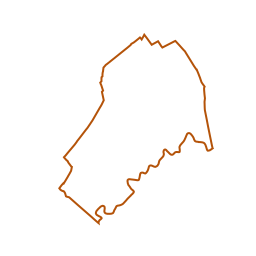 outline of Vladesti, Galati, Romania, rotated 54°
{"feature_id": "2599482B37286329555394", "entity_name": "Vladesti", "entity_type": "district", "adm_level": 2, "iso_a3": "ROU", "parent_name": "Romania", "parent_adm1": "Galati", "projection": "mercator", "projection_center": [28.094, 45.834], "detail": "fine", "context": "isolated", "style": "outline", "palette": "amber", "viewbox_px": 256, "rotation_deg": 54, "n_neighbors": 0, "source": "geoboundaries", "source_scale": "gbopen_adm2", "svg_char_len": 5207}
<svg xmlns="http://www.w3.org/2000/svg" viewBox="0 0 256 256"><g transform="rotate(54 128 128)"><path d="M187.6,207.7L187.4,207.6L187.1,207.3L186.8,207.0L186.2,206.1L186.0,205.7L185.9,205.2L185.8,204.7L185.8,204.0L185.7,202.9L185.5,202.4L184.9,202.2L184.4,202.3L183.4,202.7L182.5,203.2L181.6,203.6L180.6,204.1L179.5,204.4L178.2,204.2L177.5,203.6L177.2,203.2L176.9,202.7L176.5,201.9L176.4,201.2L176.1,200.1L175.9,199.0L175.8,198.0L175.6,196.9L175.6,195.8L175.7,195.3L176.0,194.3L176.4,193.9L176.8,193.6L177.3,193.4L177.8,193.3L178.3,193.5L179.2,194.0L180.0,194.7L180.7,195.4L181.5,196.1L182.0,196.3L182.5,196.5L183.0,196.5L183.5,196.4L184.0,196.2L184.4,195.9L185.2,195.2L185.8,194.4L186.8,193.1L187.3,192.2L187.6,191.7L187.9,190.7L188.0,190.2L187.8,189.6L187.6,189.2L187.4,188.8L186.8,187.9L186.5,187.5L186.1,186.5L185.7,185.6L185.2,184.7L184.7,183.7L184.5,183.2L184.6,182.7L184.7,182.2L184.9,181.7L185.4,180.8L185.8,179.8L186.0,179.3L186.2,178.2L186.3,177.7L186.4,177.2L186.3,176.1L186.2,175.6L186.1,175.1L185.9,174.0L185.7,173.1L185.5,172.0L185.2,171.0L184.8,169.0L184.6,167.5L184.4,166.5L184.4,166.0L184.0,164.4L184.0,163.5L183.8,162.6L183.6,161.7L183.1,160.8L182.7,160.6L182.2,160.6L181.7,160.6L180.8,160.8L179.8,161.1L178.8,161.2L177.9,161.2L177.4,161.1L176.4,161.1L175.4,161.1L174.4,161.2L173.9,161.0L173.0,160.8L172.5,160.6L171.6,160.1L170.8,159.7L170.4,159.4L169.9,158.8L169.8,158.1L169.9,157.6L170.1,157.2L170.4,156.8L171.1,156.0L171.4,155.7L171.8,155.3L172.4,154.6L174.1,152.8L174.8,152.1L175.8,151.1L176.0,150.7L176.3,150.2L176.3,149.8L176.1,149.3L175.8,149.0L175.2,148.2L174.6,147.5L173.9,146.8L172.6,145.4L172.3,145.0L172.1,144.6L171.9,144.1L172.2,143.1L172.7,142.4L173.1,142.0L173.6,141.8L174.8,140.9L175.0,140.6L175.0,140.1L174.8,139.1L174.5,138.2L174.3,137.7L174.1,137.3L173.6,136.4L173.1,135.7L172.5,134.9L171.8,134.1L171.3,133.3L171.3,132.4L171.7,131.5L172.5,130.8L172.9,130.6L173.7,130.1L174.6,129.6L174.9,129.3L175.4,128.9L175.6,128.4L175.7,127.9L175.8,127.4L175.8,126.3L175.6,125.8L175.0,124.4L174.7,124.0L174.3,123.6L173.7,122.9L173.0,122.0L172.8,121.6L172.6,121.0L172.4,120.0L172.2,119.0L172.0,117.9L171.9,117.4L171.7,116.5L171.5,116.0L171.3,115.6L170.9,115.1L170.3,114.4L169.8,114.1L169.3,113.9L168.9,113.7L168.4,113.5L167.6,112.8L167.0,111.7L167.0,111.3L167.1,110.8L167.4,110.4L167.8,110.2L168.4,110.0L169.4,110.0L171.4,109.6L173.5,109.3L174.9,108.8L175.3,108.4L175.6,108.0L175.8,107.5L175.8,106.5L175.7,106.0L175.6,105.5L175.4,104.5L175.6,103.5L175.8,103.0L176.1,102.6L176.8,101.8L177.5,101.0L177.7,100.5L177.5,100.1L177.1,99.7L176.7,99.4L175.8,98.8L174.9,98.3L174.0,97.8L173.6,97.5L173.0,96.5L172.6,95.6L172.1,93.5L171.7,91.6L171.6,91.2L171.3,90.3L171.0,89.6L170.5,88.7L170.0,87.8L169.3,86.6L168.6,85.5L168.1,84.6L167.6,83.8L167.5,83.3L167.5,82.8L167.6,82.3L167.9,81.8L168.2,81.4L168.7,81.1L169.4,80.8L170.3,80.7L171.4,80.6L172.1,80.6L173.1,80.6L174.1,80.7L175.0,80.9L175.9,81.2L177.2,81.4L177.6,81.5L178.0,81.4L178.5,81.2L179.0,80.9L179.5,80.4L180.0,79.9L180.5,79.3L180.9,79.1L181.7,78.0L182.4,77.3L183.0,76.6L183.7,76.0L184.1,75.7L184.7,75.4L185.2,75.2L185.8,75.2L186.5,75.2L187.2,75.3L187.7,75.4L188.2,75.6L188.6,75.7L189.1,75.8L189.8,76.1L190.4,76.3L190.8,76.4L191.8,76.8L192.8,76.9L193.2,76.8L193.5,76.4L193.7,75.9L193.9,75.5L194.1,75.0L194.1,74.5L194.2,73.6L194.2,72.6L194.2,71.4L193.8,71.4L193.0,71.0L191.1,70.2L182.5,66.3L174.2,62.5L167.4,59.3L158.7,55.3L156.8,54.1L151.8,50.7L149.2,48.3L147.6,47.4L146.0,46.5L142.2,44.2L140.3,42.9L139.6,41.7L135.8,41.7L134.1,41.6L130.5,40.5L130.0,40.3L128.4,39.9L125.4,39.1L122.9,38.5L121.8,38.3L121.3,38.1L121.2,38.3L120.9,38.3L117.6,38.2L116.8,38.2L100.8,37.0L100.1,36.9L99.0,36.9L98.0,37.1L94.3,37.5L91.3,37.8L87.9,38.2L86.2,38.4L85.4,38.5L85.3,38.9L85.1,40.0L84.6,43.3L83.1,52.9L80.9,53.0L79.9,52.9L77.7,52.8L75.5,52.7L74.6,59.9L69.2,59.9L66.6,59.9L62.1,60.0L63.2,62.2L64.4,64.9L63.5,64.9L63.0,65.0L62.3,65.0L61.8,65.1L61.9,66.6L62.0,67.8L62.0,68.4L62.1,70.0L62.2,72.9L62.1,74.0L61.9,75.7L62.0,76.3L62.3,76.8L62.4,77.2L62.7,81.6L62.9,85.9L63.9,107.4L63.9,109.1L64.1,109.5L64.7,112.3L66.8,114.3L67.3,114.7L68.1,115.7L69.0,116.6L70.1,117.5L71.2,118.3L71.4,119.6L72.0,120.0L72.5,120.5L72.8,120.7L74.6,122.0L75.0,123.8L75.5,123.9L76.3,124.2L77.0,124.3L77.8,124.5L82.1,125.9L83.1,126.2L83.4,127.8L84.9,128.5L91.3,131.3L93.4,135.2L94.2,136.9L94.9,138.6L101.0,152.3L104.1,160.8L104.7,163.1L107.7,173.2L108.8,177.1L109.1,177.7L110.1,180.9L111.4,186.1L111.5,186.5L111.7,187.4L112.9,192.2L113.3,193.6L113.4,194.2L113.5,194.3L114.0,197.0L115.3,197.0L116.4,196.8L117.8,196.7L118.2,196.6L118.5,196.4L119.2,196.3L119.4,196.4L119.8,196.3L120.7,196.6L126.5,196.5L126.6,196.4L129.2,199.2L130.2,201.3L130.9,202.8L131.8,204.9L132.3,205.9L132.7,206.9L133.9,209.7L135.1,212.6L134.7,212.7L135.2,215.1L135.3,215.5L136.4,219.0L137.9,219.0L139.0,218.7L139.5,218.5L140.4,218.0L141.4,217.3L141.4,217.2L141.7,217.1L141.9,217.1L142.0,217.1L142.4,217.1L142.5,217.1L143.0,217.1L143.3,217.2L143.6,217.2L144.0,217.3L146.5,218.2L146.8,218.3L147.3,218.1L148.9,216.8L149.4,216.4L150.1,216.2L161.0,213.8L170.1,211.7L172.3,211.2L179.7,209.5L180.8,209.3L184.8,208.4L186.0,208.1L186.6,208.0L186.9,207.9L187.6,207.7Z" fill="none" stroke="#b45309" stroke-width="2"/></g></svg>